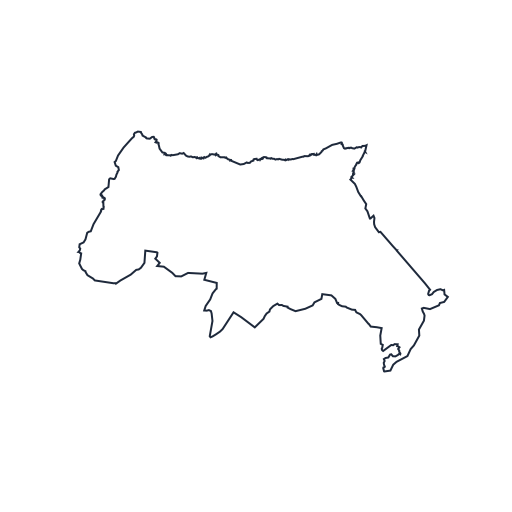 Asares pag., Aknistes, Latvia (Robinson projection), rotated 147°
{"feature_id": "27541924B18984780687847", "entity_name": "Asares pag.", "entity_type": "district", "adm_level": 2, "iso_a3": "LVA", "parent_name": "Latvia", "parent_adm1": "Aknistes", "projection": "robinson", "projection_center": [25.901, 56.138], "detail": "fine", "context": "isolated", "style": "outline", "palette": "slate", "viewbox_px": 512, "rotation_deg": 147, "n_neighbors": 0, "source": "geoboundaries", "source_scale": "gbopen_adm2", "svg_char_len": 6127}
<svg xmlns="http://www.w3.org/2000/svg" viewBox="0 0 512 512"><g transform="rotate(147 256 256)"><path d="M103.0,288.7L104.4,288.9L106.8,290.3L108.7,289.8L108.8,290.2L110.2,291.2L111.9,291.7L112.2,292.3L115.0,292.5L116.6,294.0L117.3,295.2L118.8,295.5L119.1,296.2L120.0,296.3L120.7,297.0L121.6,297.0L122.2,297.5L122.9,297.5L123.5,298.5L123.1,301.1L122.6,302.2L123.3,303.1L122.4,303.9L122.4,304.6L123.3,305.1L127.0,306.0L131.6,307.7L138.8,308.2L141.4,308.7L142.7,308.1L143.8,308.1L144.4,307.6L147.7,306.9L149.2,307.3L149.4,307.7L150.2,307.7L149.9,308.4L150.7,308.1L152.3,309.3L152.6,309.7L152.3,310.0L152.6,310.3L152.4,310.4L153.9,311.2L154.8,310.8L155.1,310.8L155.1,311.3L155.4,311.5L155.9,311.4L155.7,311.0L156.1,310.9L156.6,311.0L156.4,311.4L157.2,311.2L158.1,311.4L161.1,313.5L162.0,313.4L163.0,314.0L172.0,316.9L172.6,317.5L174.3,318.0L175.5,319.0L176.0,318.9L176.0,319.5L176.8,319.9L177.2,319.7L178.5,320.0L178.6,320.7L179.1,320.6L179.0,320.3L179.4,320.3L179.7,320.8L179.6,321.0L181.7,322.6L183.7,324.9L184.9,325.0L185.5,325.8L187.2,326.3L187.9,327.7L189.0,328.4L189.9,329.8L190.7,329.6L191.1,330.2L193.7,332.1L193.8,332.5L193.5,332.9L193.8,333.4L195.5,334.7L197.2,334.9L197.1,334.1L197.4,333.9L198.4,334.1L199.2,334.9L200.1,334.5L200.0,335.0L202.3,335.4L202.7,336.2L202.5,337.2L204.8,338.3L205.5,338.3L206.2,337.4L208.6,338.0L210.5,337.5L212.3,338.6L212.8,339.5L216.1,339.8L219.4,341.3L224.8,349.2L224.6,349.9L225.7,350.2L225.4,350.8L226.8,352.4L226.9,353.2L227.4,353.9L227.3,354.8L228.3,355.1L228.4,355.8L232.0,358.1L233.1,360.3L232.6,361.2L233.4,362.4L234.2,362.4L234.0,362.9L234.5,362.8L234.3,363.3L235.0,363.1L235.2,363.3L234.8,363.5L235.8,363.8L236.9,365.0L238.1,365.7L239.2,365.8L239.3,366.2L240.0,365.7L240.3,365.9L240.8,365.6L242.3,365.6L243.4,366.0L244.8,365.9L245.2,366.5L245.8,366.6L245.7,366.9L246.4,366.9L246.9,366.5L247.2,366.9L247.0,367.3L248.4,367.4L248.4,367.9L249.2,367.5L250.2,368.4L249.9,369.0L250.8,369.1L251.4,369.9L252.2,370.2L251.8,371.0L253.0,371.4L253.4,372.4L255.2,373.2L256.3,374.9L257.8,375.5L259.1,376.7L260.0,378.2L260.6,381.8L262.2,382.0L264.0,383.8L266.0,383.8L270.5,385.7L271.6,386.4L272.5,386.6L272.3,386.9L273.2,387.2L276.4,389.4L276.5,389.8L276.2,389.9L276.7,390.5L276.4,390.7L276.8,390.9L276.6,391.0L277.0,391.2L276.2,391.6L276.3,392.2L278.1,393.8L278.4,398.5L277.1,402.0L276.9,403.0L276.2,403.6L276.1,404.0L276.6,404.8L277.7,405.2L278.3,406.1L276.9,406.6L276.0,407.7L276.2,408.2L277.0,408.6L276.9,408.9L277.3,409.3L277.4,409.8L276.8,411.0L276.9,411.7L278.3,412.4L281.2,412.2L283.6,414.1L283.9,414.8L283.7,415.3L285.6,418.8L285.2,419.8L285.3,421.6L285.0,422.7L287.3,424.7L289.2,424.9L290.4,425.3L292.1,424.6L292.6,423.3L293.6,422.6L296.0,422.3L307.9,419.1L317.0,415.4L321.8,412.0L323.4,411.8L324.4,408.1L323.1,405.5L324.2,402.8L326.3,402.1L326.7,401.4L328.7,400.3L330.3,398.8L332.6,397.7L333.4,398.0L335.9,400.5L336.7,400.5L337.5,400.2L342.2,394.2L346.6,394.3L347.6,393.8L350.2,393.4L352.7,392.5L353.1,392.0L353.0,391.4L352.5,391.4L352.2,390.8L352.9,390.6L352.3,389.1L353.0,388.6L352.5,387.9L351.9,387.8L351.4,387.3L351.6,386.2L352.5,385.5L353.4,385.6L354.9,385.0L354.7,384.5L355.3,384.2L355.1,383.7L356.7,381.1L356.9,380.2L357.2,380.2L358.2,378.6L359.4,378.9L359.7,379.4L360.5,379.2L361.8,378.0L361.8,377.7L374.9,371.2L381.1,366.7L383.1,367.4L384.9,367.4L390.0,362.8L393.2,361.3L397.5,361.9L399.5,359.6L399.4,357.9L400.7,356.7L402.7,356.1L402.2,355.7L402.0,354.6L401.2,353.4L405.4,348.6L408.3,346.1L408.6,343.8L409.0,339.8L408.5,338.1L407.3,336.1L407.7,335.2L407.8,331.7L405.0,325.9L404.5,323.3L390.4,310.8L388.2,309.4L388.3,309.1L383.0,309.3L371.2,308.6L364.0,309.6L361.7,308.6L358.9,308.8L353.3,311.0L345.9,320.8L337.1,313.1L336.9,312.4L339.3,309.6L341.9,308.6L340.5,302.7L344.3,301.4L339.1,297.2L335.4,287.5L334.5,282.9L329.8,279.6L322.2,278.8L310.5,270.3L306.9,268.9L312.3,264.2L303.6,254.8L306.8,250.0L307.7,250.0L312.8,248.3L318.1,244.5L325.4,241.5L329.1,238.5L327.1,237.0L325.0,236.3L323.8,234.4L324.5,232.0L327.9,225.2L338.5,213.9L338.4,212.6L336.2,212.2L332.4,212.1L327.4,212.2L323.8,212.9L305.5,221.0L301.7,212.7L295.9,196.8L283.9,199.2L281.4,200.8L278.4,202.0L275.0,202.1L273.5,203.5L272.6,203.8L268.8,204.6L264.0,204.4L263.4,202.3L261.0,200.8L260.2,199.2L257.1,196.3L257.6,195.6L256.0,192.7L252.9,188.2L243.4,184.9L235.4,183.7L232.2,185.3L224.5,184.4L221.2,187.9L214.2,181.9L212.8,176.8L213.6,172.4L212.7,171.9L213.4,171.0L212.8,169.6L211.2,167.0L208.3,164.6L208.0,163.4L204.8,158.8L202.2,156.8L202.5,154.7L202.4,153.9L200.4,150.6L200.0,149.1L198.6,137.8L198.4,137.6L198.2,134.3L193.5,130.5L189.9,127.1L195.1,121.6L199.2,114.4L198.1,112.4L200.1,110.3L201.1,109.7L201.5,108.4L201.1,107.1L191.0,107.7L189.6,106.5L187.8,106.6L185.3,104.8L186.7,103.5L186.1,102.9L185.4,101.3L187.4,100.6L187.4,98.6L188.0,97.8L188.0,95.6L188.6,95.0L189.2,96.0L191.0,95.7L193.8,95.9L195.8,97.4L196.1,99.9L197.3,100.3L200.3,98.8L202.9,99.9L204.9,99.9L205.3,97.9L207.1,96.8L207.9,94.9L208.2,93.1L208.7,92.8L209.9,93.1L210.4,92.6L211.4,89.5L211.2,89.2L205.7,86.7L200.1,90.1L195.8,90.7L183.5,89.6L177.0,93.7L172.3,95.0L162.4,100.3L159.4,105.6L150.4,110.3L147.1,114.2L146.6,115.9L146.4,118.6L145.5,121.6L143.6,121.2L139.0,116.7L129.4,115.0L127.4,116.4L123.2,115.0L117.4,117.2L118.8,121.1L116.7,125.1L117.9,125.4L119.4,127.7L122.7,128.9L126.6,129.0L129.2,128.1L131.9,128.6L132.4,129.2L132.3,130.4L129.8,132.6L128.4,132.9L129.2,141.2L135.0,183.7L134.7,183.9L134.9,184.0L135.9,190.0L138.5,208.5L140.0,209.0L140.4,215.3L139.6,218.3L138.4,220.4L136.0,223.3L135.5,225.8L139.6,225.1L140.1,225.4L138.2,232.8L138.4,236.3L135.3,239.5L135.4,243.9L135.2,248.9L135.5,249.0L135.4,254.0L134.2,259.4L133.8,262.6L135.2,268.7L134.0,269.0L133.3,269.9L132.7,269.4L132.8,270.3L130.1,271.0L130.5,271.2L129.9,272.0L128.9,272.3L129.1,272.7L128.2,273.3L128.2,274.3L127.8,274.2L126.9,274.9L127.6,275.0L127.0,275.4L126.6,276.2L126.2,276.0L123.5,277.5L122.1,278.0L122.0,278.3L120.4,279.2L120.1,279.1L120.0,278.7L119.4,278.5L119.3,278.0L118.7,278.0L118.5,278.5L117.9,278.3L116.4,279.5L112.1,281.5L112.0,281.8L107.9,284.2L107.7,283.8L107.6,284.7L106.9,284.9L103.0,288.7Z" fill="none" stroke="#1e293b" stroke-width="2"/></g></svg>